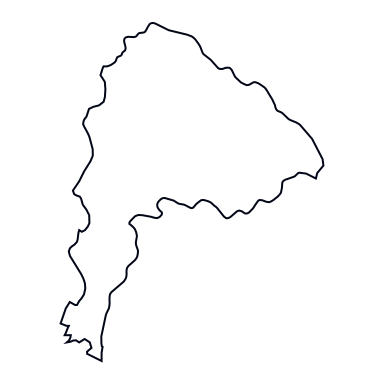 SVG path tracing the border of Chon Buri
{"feature_id": "THA-430", "entity_name": "Chon Buri", "entity_type": "Province", "adm_level": 1, "iso_a3": "THA", "parent_name": "Thailand", "parent_adm1": "", "projection": "robinson", "projection_center": [101.175, 13.094], "detail": "fine", "context": "isolated", "style": "outline", "palette": "ink", "viewbox_px": 384, "rotation_deg": 0, "n_neighbors": 0, "source": "natural_earth", "source_scale": "10m", "svg_char_len": 3851}
<svg xmlns="http://www.w3.org/2000/svg" viewBox="0 0 384 384"><path d="M102.6,346.8L101.6,352.7L101.6,361.0L87.1,353.8L87.1,351.6L91.5,347.9L89.7,342.3L84.6,339.0L79.2,342.4L75.9,340.3L73.3,340.5L70.6,341.7L66.8,342.4L68.2,341.2L69.4,339.8L70.3,337.8L70.8,335.2L64.7,335.2L65.7,333.2L67.8,327.9L68.8,325.9L66.3,325.8L60.6,323.5L65.8,308.4L69.8,302.0L75.1,305.0L77.0,305.0L79.1,301.2L81.7,298.1L84.0,294.4L85.3,288.5L84.9,283.2L83.3,278.4L81.2,274.1L70.0,256.0L68.8,251.5L69.9,248.3L72.0,246.3L74.6,244.5L77.0,241.8L77.7,239.2L78.4,233.0L79.2,230.1L81.8,231.8L85.0,230.1L87.8,226.6L89.4,223.1L89.2,215.1L86.3,209.5L82.8,204.7L81.1,198.7L79.8,196.6L77.0,195.7L74.2,194.2L72.9,190.6L79.2,181.3L84.1,171.4L90.4,161.4L92.8,155.7L92.7,149.2L89.4,136.9L88.0,133.6L84.0,126.3L83.1,124.0L83.8,120.4L85.1,118.3L86.5,116.6L89.0,108.9L93.4,106.8L98.9,105.4L103.6,101.8L104.9,97.1L105.4,89.2L104.8,81.8L100.5,75.2L102.8,67.8L103.5,66.4L106.8,66.4L109.2,65.7L111.3,64.7L114.6,62.5L115.3,61.6L115.9,60.7L116.7,58.4L117.1,57.4L118.0,56.8L120.1,56.0L121.0,55.5L121.6,54.8L121.9,54.1L122.0,53.8L122.0,53.6L122.2,53.2L122.6,52.4L123.3,51.8L124.2,51.2L125.0,50.5L125.4,49.4L125.6,48.2L125.5,46.9L124.3,42.2L124.1,40.9L124.2,39.7L124.6,38.6L125.3,37.8L126.1,37.3L127.2,37.0L128.4,36.8L133.4,37.1L134.6,37.0L135.7,36.6L136.5,36.0L137.8,34.3L138.5,33.6L139.5,33.0L143.1,32.6L144.2,32.3L145.0,31.8L146.2,30.0L147.7,27.1L149.5,24.3L150.3,23.6L151.3,23.2L152.5,23.0L153.7,23.1L155.0,23.4L168.7,30.2L187.2,34.7L191.7,36.4L193.4,37.6L195.3,39.4L198.5,43.8L199.9,46.1L200.8,48.0L202.4,52.4L203.1,53.6L203.7,54.3L210.8,59.9L218.1,68.1L219.3,68.8L221.2,69.0L222.6,68.9L223.8,68.5L224.8,68.1L226.0,67.8L227.2,67.7L228.4,67.7L229.6,67.9L230.7,68.8L231.8,70.1L234.7,76.1L235.6,77.4L240.9,82.4L244.5,84.3L246.8,85.1L248.3,85.0L249.4,84.6L250.4,84.1L252.2,83.0L253.1,82.5L254.2,82.2L255.3,82.2L256.3,82.5L258.1,83.2L259.4,83.9L264.6,87.5L266.2,89.4L272.3,99.5L275.0,105.3L275.5,107.7L276.0,108.8L276.6,109.9L277.7,110.9L281.1,112.3L282.6,113.3L288.5,119.0L290.0,119.9L296.1,122.4L298.9,124.0L300.5,125.4L312.1,138.9L322.6,159.2L323.4,165.6L317.2,173.1L315.9,178.5L306.2,173.6L299.4,172.7L298.0,173.2L295.0,176.1L294.0,176.7L285.1,179.8L283.3,181.0L282.3,182.5L281.9,188.1L281.1,191.9L280.7,193.1L279.5,194.7L277.7,196.6L273.4,200.0L271.2,201.4L269.4,202.1L268.1,202.1L265.8,201.6L262.3,200.3L260.3,200.0L259.1,200.2L258.4,200.5L257.9,201.1L254.9,205.4L254.4,206.3L252.9,208.5L249.1,212.4L247.5,213.3L245.9,213.6L244.8,213.3L241.6,211.2L239.3,210.6L238.0,210.9L236.9,211.4L230.3,217.1L228.4,218.0L226.8,218.3L225.7,217.9L224.0,216.6L216.8,207.6L215.2,206.3L214.3,205.7L211.2,202.8L210.4,202.3L208.1,201.2L203.9,200.0L202.3,200.0L201.0,200.3L197.7,202.8L196.1,204.2L194.4,206.3L193.1,207.7L191.9,208.1L190.7,208.0L184.9,205.0L183.7,204.6L182.4,204.3L180.6,204.1L179.3,203.8L178.1,203.4L173.7,200.6L165.2,198.1L163.7,198.0L162.3,198.3L160.6,199.4L158.4,201.7L157.9,202.6L157.4,203.6L157.2,204.8L157.3,206.2L157.6,207.3L158.1,208.3L159.4,210.1L160.1,210.8L161.7,212.2L162.0,213.3L161.7,214.7L159.8,216.8L158.3,217.6L157.0,218.1L155.8,218.0L153.4,217.5L151.2,216.8L142.4,215.2L138.5,215.0L136.3,215.7L134.9,216.4L130.7,220.7L129.9,221.7L129.4,222.7L129.4,223.6L129.4,223.9L129.6,224.1L130.4,224.6L133.4,227.3L134.8,229.0L135.7,231.0L136.1,232.0L136.6,234.3L136.9,235.6L136.8,236.9L135.9,242.1L135.9,243.6L136.1,244.9L136.4,246.0L137.6,249.3L137.9,250.4L138.0,251.7L137.7,254.4L137.1,256.9L136.2,258.5L134.8,260.3L128.4,266.0L127.8,266.8L127.2,267.7L126.8,268.8L126.6,270.1L126.5,271.5L126.6,274.2L126.3,276.9L125.9,278.0L125.4,279.1L124.2,280.9L123.6,281.7L111.8,291.8L111.1,292.6L110.5,293.4L110.0,294.4L109.7,295.7L109.5,298.7L109.6,303.0L109.4,305.9L108.9,308.3L106.4,313.5L105.7,315.8L101.3,336.5L101.4,343.5L101.9,346.4L102.6,346.8Z" fill="none" stroke="#020617" stroke-width="2"/></svg>